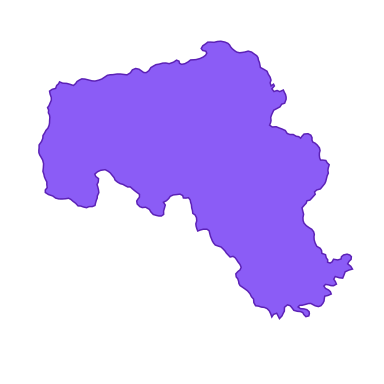 Gouveia, Minas Gerais, Brazil, rotated 259°
{"feature_id": "56859067B21802883811308", "entity_name": "Gouveia", "entity_type": "district", "adm_level": 2, "iso_a3": "BRA", "parent_name": "Brazil", "parent_adm1": "Minas Gerais", "projection": "natural_earth1", "projection_center": [-43.859, -18.506], "detail": "fine", "context": "isolated", "style": "filled", "palette": "violet", "viewbox_px": 384, "rotation_deg": 259, "n_neighbors": 0, "source": "geoboundaries", "source_scale": "gbopen_adm2", "svg_char_len": 5162}
<svg xmlns="http://www.w3.org/2000/svg" viewBox="0 0 384 384"><g transform="rotate(259 192 192)"><path d="M286.7,290.9L289.8,290.6L293.2,289.3L296.2,288.7L298.5,286.2L301.2,282.9L304.1,282.9L306.3,282.9L308.7,282.4L311.4,282.4L313.5,281.5L315.4,279.6L318.0,277.2L319.6,274.0L319.3,270.6L319.4,268.0L319.6,265.3L320.8,262.6L322.6,260.8L325.0,258.8L327.1,257.6L329.2,256.9L331.1,255.6L332.9,252.9L334.5,249.1L334.9,245.7L334.7,242.3L335.6,238.8L336.1,236.1L334.8,233.6L333.5,230.5L331.1,228.4L328.9,229.5L327.6,232.4L325.5,233.0L323.7,231.5L322.4,228.9L321.5,225.4L321.2,221.3L321.5,218.7L321.9,215.8L320.5,213.1L319.3,209.5L319.3,206.2L320.7,204.3L322.9,204.2L324.4,202.0L323.0,198.7L322.3,194.1L323.6,191.0L324.1,188.0L323.8,184.1L323.9,180.9L323.1,178.5L322.0,175.4L319.3,172.8L317.9,169.8L318.5,167.4L320.4,165.6L322.6,163.5L324.0,160.3L323.3,156.8L320.8,154.3L319.4,150.6L320.5,147.2L321.5,144.1L322.1,140.9L322.3,136.6L322.7,134.1L322.7,131.2L321.4,128.1L320.1,125.0L319.6,121.8L319.4,118.0L320.2,115.0L321.2,112.9L322.2,110.8L323.3,108.4L324.1,105.4L323.4,102.8L322.4,100.2L320.6,98.4L319.2,95.9L321.1,92.6L322.5,89.8L323.5,85.8L325.4,83.0L323.7,81.7L322.4,79.5L319.7,77.9L319.5,74.4L318.2,71.4L315.1,71.4L311.6,71.9L308.9,71.4L306.6,69.8L303.9,68.0L302.4,66.3L299.9,66.9L297.1,66.1L294.9,66.8L292.4,66.7L289.5,65.9L286.9,65.3L284.8,64.5L282.1,62.7L280.4,60.4L278.1,58.6L275.9,56.5L273.2,55.8L270.4,54.0L267.4,50.9L264.5,50.3L262.1,49.6L259.7,49.2L257.4,49.6L254.9,50.5L251.9,51.5L248.1,51.7L244.2,50.7L240.7,49.6L237.6,50.0L235.1,50.0L232.3,50.6L229.5,51.4L226.9,50.9L223.9,50.7L222.0,48.4L219.5,47.9L216.9,50.6L214.7,54.5L212.0,57.0L210.6,60.0L209.9,63.3L209.5,66.7L209.4,69.7L207.8,71.7L205.6,73.4L203.1,75.7L200.1,77.5L199.5,80.0L198.0,82.6L196.7,85.5L197.3,88.1L196.7,91.3L197.3,94.2L199.6,95.2L202.3,96.6L204.1,97.8L206.2,98.3L209.1,100.4L211.8,100.6L214.6,100.5L217.5,100.2L219.7,101.9L223.0,102.8L225.6,100.5L228.1,100.0L229.9,103.1L230.7,106.4L230.5,111.0L228.3,113.7L226.4,115.4L223.7,116.8L220.9,118.3L218.3,118.8L215.9,120.8L213.9,123.1L212.7,125.6L210.9,127.7L209.2,129.9L208.8,132.4L206.5,134.1L204.4,135.8L202.5,137.5L199.7,140.0L196.9,139.4L195.4,137.6L193.7,136.0L190.7,135.9L187.6,138.0L186.2,140.2L185.9,143.6L183.0,146.9L180.3,147.8L177.3,149.7L175.7,152.8L174.8,154.9L174.3,157.4L175.4,159.9L178.8,160.5L181.3,161.8L184.3,163.3L187.4,162.0L188.3,165.2L190.0,167.9L191.9,169.8L192.7,173.2L192.4,176.4L192.2,179.8L190.3,182.2L187.8,182.4L187.2,184.8L187.1,187.4L184.7,188.7L181.9,188.7L179.7,189.0L176.6,188.7L173.5,188.9L170.9,188.7L168.8,190.7L165.9,191.5L162.7,191.1L160.1,189.7L157.8,189.5L155.3,189.7L152.6,190.2L153.1,192.9L153.3,196.0L152.6,199.6L150.7,201.4L148.0,201.5L144.8,201.7L142.4,202.2L140.2,202.6L137.9,203.4L135.5,204.7L133.7,207.8L132.5,210.0L130.3,211.6L127.7,213.2L125.5,214.1L123.1,215.6L120.9,217.0L121.0,220.0L119.3,221.8L117.2,222.8L114.6,223.8L111.7,225.3L108.7,225.9L106.4,224.3L105.2,221.9L103.3,219.4L100.2,219.2L98.0,220.4L95.4,220.7L93.2,220.6L91.0,221.3L88.5,223.8L86.2,226.0L84.3,227.7L81.1,229.5L77.8,230.4L75.2,232.0L71.6,231.6L68.2,232.7L67.3,235.5L65.8,238.1L64.9,241.0L63.2,243.5L60.6,245.2L57.5,246.0L54.1,246.5L56.3,248.7L56.8,252.0L54.2,252.8L51.0,253.7L53.2,256.7L55.3,258.2L57.4,259.9L61.2,260.8L63.0,264.2L61.6,266.7L59.3,268.0L56.4,269.4L54.8,272.6L53.9,275.7L52.5,277.7L50.4,278.4L47.9,280.0L48.1,283.0L50.1,284.0L52.2,284.1L54.6,282.3L55.9,279.6L56.8,276.2L58.9,274.2L60.2,276.1L59.8,278.4L60.0,281.8L60.3,285.0L59.9,287.4L58.4,289.2L56.8,291.2L55.4,294.2L55.8,296.9L57.8,299.3L59.8,300.8L62.0,301.5L64.4,302.4L64.5,305.7L65.3,309.2L67.8,308.8L69.8,307.3L71.9,304.6L74.5,303.5L75.8,305.5L74.8,308.3L73.5,310.7L73.0,313.1L74.0,316.2L76.8,315.6L79.4,314.5L81.7,316.5L79.7,320.2L78.7,323.5L81.4,325.3L84.4,327.1L85.4,331.0L85.7,334.8L88.7,333.7L91.8,331.1L93.9,332.9L95.5,335.3L98.1,336.1L100.0,334.9L101.4,332.4L101.3,328.8L100.0,326.4L97.8,325.5L97.5,322.1L99.0,318.1L96.7,316.2L95.9,314.0L97.2,311.7L99.5,312.3L101.8,311.2L105.0,311.1L107.0,307.8L110.0,308.0L112.3,307.1L114.9,304.1L118.7,303.1L121.8,302.8L124.8,303.2L127.1,304.0L129.8,303.8L132.6,302.4L134.5,300.3L137.2,297.7L140.1,296.0L142.7,295.6L145.7,296.0L148.8,297.3L152.2,297.1L155.5,297.0L157.6,299.7L159.2,301.9L161.5,303.2L161.5,306.1L162.8,308.0L164.4,310.1L166.2,312.5L168.7,312.3L170.2,314.8L170.5,318.6L172.7,321.3L174.9,323.9L176.7,325.2L179.6,326.6L182.2,327.8L184.4,329.4L187.3,329.5L189.5,330.3L192.6,331.9L194.8,330.3L197.4,329.4L198.3,326.7L198.8,324.3L201.0,323.8L203.8,324.0L206.0,324.5L208.2,325.6L211.0,325.5L214.2,323.9L216.4,322.2L218.0,320.1L220.0,319.7L222.5,320.2L225.1,319.5L227.1,317.0L227.5,313.0L225.8,310.7L224.1,308.9L226.0,307.3L226.9,304.8L229.1,302.4L229.8,299.0L231.3,296.6L234.6,295.3L236.8,292.2L238.1,290.0L240.0,287.1L240.5,283.2L242.8,280.9L245.1,282.4L247.0,283.2L250.2,283.5L252.8,285.0L254.6,286.3L256.7,287.8L257.6,290.8L258.8,294.6L261.1,296.8L261.5,299.9L265.1,302.1L267.3,302.5L269.9,302.4L272.1,301.7L274.7,301.1L273.8,297.3L275.4,294.9L275.0,291.6L278.0,290.1L280.4,293.1L282.3,292.6L281.1,289.9L284.2,289.5L286.7,290.9Z" fill="#8b5cf6" stroke="#5b21b6" stroke-width="1.5"/></g></svg>